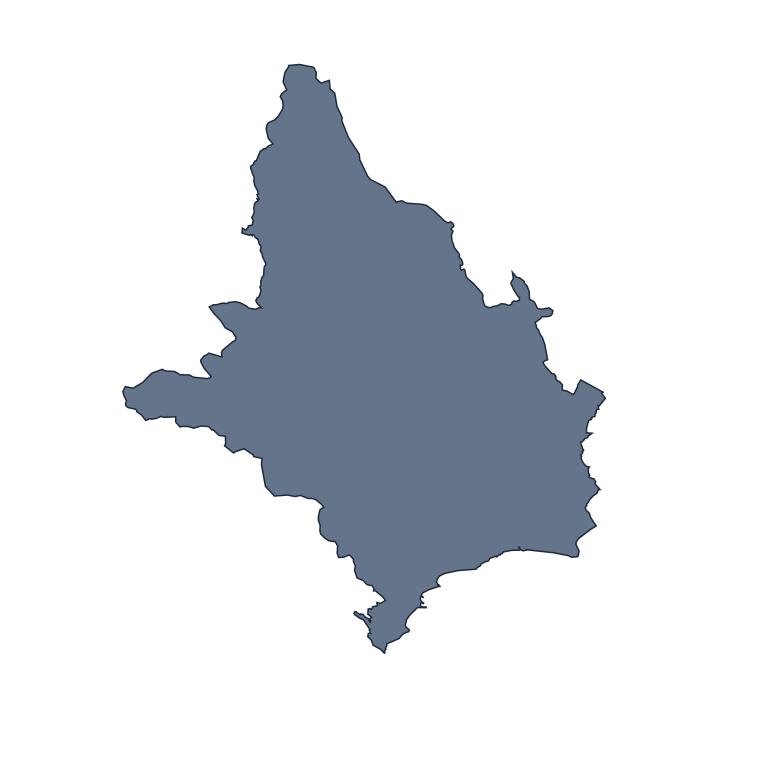 the district of Arklow Lea-6, Wicklow, Ireland, rotated 34°
{"feature_id": "5873133B66309830606527", "entity_name": "Arklow Lea-6", "entity_type": "district", "adm_level": 2, "iso_a3": "IRL", "parent_name": "Ireland", "parent_adm1": "Wicklow", "projection": "natural_earth1", "projection_center": [-6.256, 52.881], "detail": "fine", "context": "isolated", "style": "filled", "palette": "slate", "viewbox_px": 768, "rotation_deg": 34, "n_neighbors": 0, "source": "geoboundaries", "source_scale": "gbopen_adm2", "svg_char_len": 6170}
<svg xmlns="http://www.w3.org/2000/svg" viewBox="0 0 768 768"><g transform="rotate(34 384 384)"><path d="M168.9,162.8L163.5,169.8L156.6,168.6L153.6,163.3L151.8,162.9L149.6,161.0L147.9,161.0L135.2,166.4L126.8,173.3L127.5,174.2L127.6,180.9L130.9,188.9L131.6,190.1L138.8,194.5L136.8,200.4L137.3,203.9L141.9,206.2L144.8,209.9L146.2,213.0L146.6,220.2L146.1,224.3L145.7,226.2L142.2,231.8L142.2,234.9L143.8,238.6L150.8,245.1L157.7,247.0L154.9,251.8L154.2,255.1L152.5,256.6L152.1,258.9L151.2,260.1L153.3,270.3L152.2,271.6L152.6,272.1L152.2,273.1L153.0,274.1L151.8,278.4L153.5,280.4L154.8,280.7L156.5,282.6L160.8,285.3L162.6,288.6L165.9,291.7L171.7,294.8L173.4,297.1L172.8,298.1L176.9,300.7L175.1,301.4L177.3,302.7L176.0,304.7L175.9,307.0L177.6,310.8L180.4,314.2L181.3,318.3L181.1,319.8L184.0,321.4L185.9,326.0L183.1,328.7L183.8,330.4L183.3,333.7L179.4,334.0L181.8,338.2L189.2,336.0L190.1,334.7L191.6,334.9L191.0,334.1L192.9,333.2L194.9,334.4L198.8,334.7L202.8,338.0L204.8,338.5L207.3,343.1L209.8,344.0L212.2,346.5L217.9,349.8L219.7,351.7L219.1,353.0L219.5,354.4L223.7,361.8L223.1,364.6L224.0,365.7L224.3,367.8L226.8,370.9L226.7,372.8L229.3,374.8L230.7,377.7L231.5,381.9L230.7,383.7L231.1,386.6L233.6,388.0L239.8,389.4L238.2,390.2L235.8,393.8L229.5,396.7L226.0,396.3L219.3,397.1L214.9,398.8L209.5,403.4L209.5,404.2L208.4,405.3L204.8,407.3L200.6,412.2L198.4,413.5L196.0,417.9L202.9,420.4L213.5,422.9L220.9,426.2L229.1,425.5L235.5,428.2L236.3,431.1L234.6,434.6L231.2,446.4L231.7,448.9L234.5,452.3L221.6,456.3L220.6,459.2L219.1,461.2L218.7,466.8L219.9,468.2L226.4,471.7L236.6,474.4L236.1,476.3L234.4,478.4L222.3,484.9L217.7,485.3L209.9,490.3L203.4,490.7L195.2,495.6L192.0,495.8L185.4,504.9L183.1,517.6L178.4,527.7L171.0,530.9L171.7,536.2L174.3,538.7L179.8,541.9L180.8,544.9L181.8,546.2L184.9,546.7L191.9,543.9L193.7,544.2L194.6,545.2L200.2,545.3L206.6,547.4L207.9,546.2L208.8,544.0L211.1,543.0L214.5,539.8L217.2,535.6L220.3,534.6L229.6,527.7L232.8,532.1L239.0,533.7L239.9,532.3L245.3,528.8L251.1,526.9L256.1,520.9L262.6,517.3L266.9,518.4L268.3,517.5L276.0,518.9L281.7,516.0L286.2,522.2L286.3,524.4L297.8,525.3L298.7,523.2L304.2,515.9L315.3,515.9L316.6,517.0L324.6,513.9L327.3,519.1L342.9,535.1L355.8,538.2L365.7,530.3L373.5,526.8L377.0,523.1L384.9,521.4L388.4,519.1L392.1,518.0L399.6,518.7L403.1,519.9L401.3,523.4L401.4,524.7L404.1,531.3L405.9,533.7L410.3,537.1L413.0,541.6L415.3,543.7L421.2,544.9L425.9,544.8L431.7,542.0L436.0,544.1L439.9,550.6L443.4,553.2L447.4,550.2L450.5,545.4L453.0,545.4L456.8,546.6L457.9,548.2L462.1,551.0L463.8,555.0L470.1,559.8L476.8,558.6L482.0,559.8L486.8,557.9L489.9,559.1L491.1,561.4L492.0,560.2L502.5,561.3L506.3,562.6L503.8,567.8L500.2,569.2L502.6,571.3L499.2,575.0L499.8,577.9L498.3,578.0L496.7,579.3L499.4,584.0L504.1,584.1L503.5,587.3L505.7,587.9L505.9,589.2L503.9,588.7L503.4,587.3L498.2,587.7L495.4,586.8L493.0,587.8L493.1,588.7L488.3,588.4L487.2,589.0L487.3,590.9L488.8,591.6L495.4,591.7L498.7,591.0L509.7,595.4L509.3,596.1L512.3,598.1L510.5,599.5L511.8,602.5L516.9,603.5L520.9,606.6L529.5,605.9L534.8,607.0L535.0,606.3L533.7,605.3L534.0,602.9L532.8,602.2L532.8,599.7L531.6,597.9L538.8,586.6L539.3,581.7L540.7,578.4L543.0,575.5L542.5,573.7L537.9,573.1L536.6,572.1L534.5,566.9L534.6,561.5L536.7,550.7L544.1,545.8L543.6,545.4L540.1,547.5L538.1,547.4L537.1,545.3L537.3,544.0L539.3,544.2L539.3,543.3L536.7,543.5L534.3,542.1L533.3,539.2L536.5,539.0L533.4,538.5L532.9,537.7L532.9,535.6L535.9,529.9L542.3,521.5L544.2,520.2L541.4,521.2L540.9,520.5L542.7,519.7L541.1,520.2L538.3,518.7L537.3,516.0L537.3,512.6L538.1,510.7L540.6,506.7L549.7,497.3L563.9,486.0L564.1,483.7L565.5,481.0L565.1,479.3L565.9,477.4L567.7,474.2L569.5,472.3L569.2,469.4L572.7,464.7L574.0,464.2L573.6,463.7L574.4,463.4L575.1,460.8L576.0,460.6L575.7,459.7L576.9,458.5L576.9,456.4L582.9,450.5L589.1,446.1L589.2,445.1L586.4,443.7L588.1,443.7L588.6,444.7L590.2,445.1L592.6,444.5L594.7,442.4L594.4,442.0L619.0,429.0L632.9,423.2L636.5,422.7L640.6,419.3L641.2,418.1L639.0,413.3L633.0,409.7L631.9,408.1L631.7,406.6L631.8,403.0L636.7,388.7L639.3,383.0L630.3,379.3L626.3,376.3L621.6,375.4L619.8,373.7L620.2,371.5L619.0,370.3L619.5,368.1L619.2,364.7L620.0,359.7L621.5,355.9L620.9,351.8L622.2,350.7L615.1,348.9L614.3,348.3L614.2,346.7L610.8,345.1L609.7,346.0L606.2,346.5L605.4,345.6L605.6,344.8L603.2,343.3L601.1,340.7L600.5,339.4L600.8,338.0L597.2,339.1L593.2,338.0L589.1,335.7L588.3,333.5L587.0,333.4L587.2,330.1L586.2,329.5L586.6,329.1L586.5,327.2L583.9,326.1L583.3,324.9L582.0,324.8L579.6,322.1L580.5,321.5L581.1,318.3L580.8,317.1L582.7,314.7L582.6,312.7L584.0,308.5L579.2,311.2L576.9,307.8L574.4,301.1L574.1,300.0L575.4,297.9L575.1,297.2L575.7,297.0L575.0,295.0L577.0,293.1L576.0,290.9L575.9,288.5L574.6,287.6L574.8,286.0L576.2,284.8L573.4,282.2L574.7,281.7L575.6,272.1L570.2,270.2L569.6,269.8L570.2,268.3L544.9,270.6L545.1,276.2L546.0,278.2L547.0,285.3L546.6,287.1L539.5,287.5L535.6,289.3L534.0,287.8L532.5,285.0L528.2,283.8L526.7,284.4L523.5,283.6L522.3,281.6L519.7,280.6L517.1,281.4L506.8,278.8L503.9,277.4L504.1,275.2L506.1,272.4L495.4,261.5L489.4,257.0L486.2,255.8L481.8,252.9L478.5,251.8L477.9,250.6L474.9,248.6L477.1,242.6L477.3,240.0L481.9,236.7L484.0,234.3L484.2,231.5L482.9,228.7L478.3,228.6L472.7,234.0L469.0,235.5L462.7,231.9L457.2,232.3L452.9,226.4L447.9,222.8L443.4,221.5L442.8,220.5L437.0,220.2L434.0,221.4L427.9,219.5L432.2,224.2L432.7,229.3L433.5,230.1L438.8,233.3L446.5,236.6L447.8,236.4L449.4,238.9L447.8,241.1L445.2,242.7L444.5,244.6L445.1,246.5L444.3,248.0L442.9,249.3L439.5,250.1L436.2,252.0L434.0,256.1L431.0,258.7L429.9,260.8L427.2,262.5L425.7,262.7L423.7,262.7L421.8,261.5L417.9,257.9L416.4,255.1L414.5,253.9L402.8,250.9L392.6,249.5L387.0,244.1L385.9,244.1L384.7,246.4L383.7,246.1L380.7,243.1L382.6,241.3L381.7,239.8L378.5,237.4L375.6,237.1L374.9,235.5L372.9,233.8L366.3,231.7L360.0,226.9L356.7,222.9L355.7,218.7L352.7,218.0L353.7,214.1L351.8,212.6L348.6,212.1L347.0,214.7L343.5,215.0L328.6,212.5L319.3,212.2L314.6,214.0L301.7,221.4L296.2,222.2L292.4,226.4L274.9,220.1L258.5,222.0L254.3,220.9L238.5,211.6L234.9,207.3L216.6,199.5L202.0,189.5L200.2,186.4L189.9,180.2L180.6,170.5L174.3,169.5L168.9,162.8Z" fill="#64748b" stroke="#1e293b" stroke-width="1.5"/></g></svg>